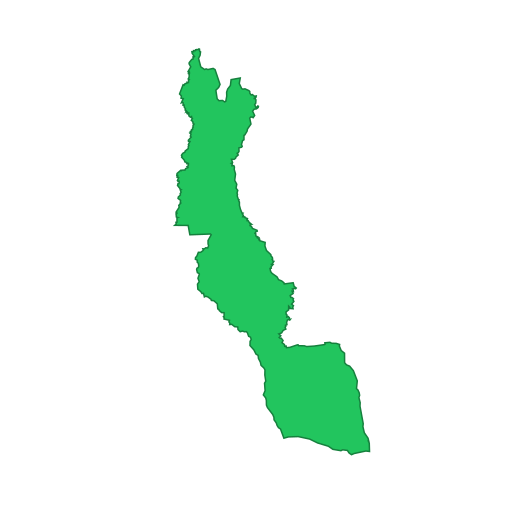 El Triunfo, Guayas, Ecuador (Mercator projection), rotated 78°
{"feature_id": "8360857B22416675182339", "entity_name": "El Triunfo", "entity_type": "district", "adm_level": 2, "iso_a3": "ECU", "parent_name": "Ecuador", "parent_adm1": "Guayas", "projection": "mercator", "projection_center": [-79.418, -2.292], "detail": "fine", "context": "isolated", "style": "filled", "palette": "green", "viewbox_px": 512, "rotation_deg": 78, "n_neighbors": 0, "source": "geoboundaries", "source_scale": "gbopen_adm2", "svg_char_len": 6082}
<svg xmlns="http://www.w3.org/2000/svg" viewBox="0 0 512 512"><g transform="rotate(78 256 256)"><path d="M470.8,185.6L462.5,184.1L460.5,184.6L460.6,184.2L457.5,184.3L451.4,186.8L445.1,186.9L442.4,186.0L424.5,185.5L421.1,184.6L415.9,184.8L413.8,183.6L411.2,183.5L408.1,184.2L406.7,185.3L399.2,182.9L388.4,184.6L383.2,187.3L381.3,190.1L378.8,191.5L369.5,189.6L366.2,192.3L361.4,193.2L359.9,192.6L358.1,195.8L357.1,200.1L355.8,201.6L355.2,206.7L356.7,206.8L356.9,207.5L356.2,217.8L355.1,225.3L353.9,227.4L352.6,233.0L351.7,233.2L351.5,234.0L352.4,241.8L352.0,245.3L350.3,245.3L350.3,246.7L348.5,246.6L346.2,248.6L344.3,247.1L341.6,248.4L341.5,249.6L340.5,250.3L339.2,248.3L336.9,249.9L336.6,247.0L334.4,244.9L333.7,242.0L331.9,242.4L330.9,241.4L329.9,241.6L329.6,240.0L327.4,239.9L325.1,238.6L325.0,237.1L325.7,236.3L325.1,235.6L325.1,236.4L323.3,236.2L321.9,237.1L322.1,238.6L320.2,237.9L319.3,238.6L317.0,238.3L315.5,235.3L311.8,234.5L313.1,233.6L314.3,234.1L315.3,230.7L313.5,230.7L312.4,229.7L310.5,231.2L308.3,228.4L306.5,228.9L305.5,228.2L303.9,229.6L303.8,230.6L301.8,230.8L300.4,227.5L298.1,228.0L298.6,226.8L296.6,226.7L295.8,227.2L295.6,225.8L296.3,224.1L295.7,223.3L293.6,225.0L289.9,225.2L289.2,234.2L288.0,234.2L285.8,236.0L283.8,238.9L280.9,239.7L276.2,244.0L274.2,244.9L271.1,244.9L271.1,243.6L269.7,243.5L268.2,241.6L267.6,242.2L267.7,241.2L266.9,241.6L265.0,239.7L264.8,240.3L262.7,240.9L262.6,240.4L260.8,240.3L259.0,241.3L257.7,241.2L252.8,244.6L248.1,245.2L244.6,244.2L241.8,249.2L240.5,249.0L240.5,249.8L239.0,249.2L238.6,250.9L237.8,251.0L237.6,250.4L236.3,252.0L234.1,251.6L233.6,252.3L232.3,251.2L232.0,249.6L231.1,249.6L228.3,253.7L226.1,254.3L225.1,255.5L224.5,254.9L223.6,255.1L223.9,253.9L221.6,255.7L220.0,256.2L219.6,257.2L219.2,256.8L218.5,257.3L217.6,256.6L216.1,258.9L215.4,258.8L214.8,260.8L213.7,259.9L212.1,260.6L211.4,259.8L210.9,260.8L207.0,261.5L203.1,261.7L199.8,261.0L198.5,261.5L197.5,260.9L197.1,261.5L193.3,261.9L191.9,261.3L190.5,261.5L188.0,260.2L185.5,261.4L181.8,259.9L177.6,261.1L171.6,259.0L166.8,259.3L164.5,258.6L163.0,258.9L162.7,260.8L160.8,260.0L160.2,260.9L159.7,259.5L156.3,259.9L156.9,257.3L156.2,255.7L155.0,255.0L153.5,252.4L151.6,253.1L151.2,251.8L150.0,250.8L146.7,250.3L146.6,247.5L145.9,246.7L143.9,247.0L140.3,245.1L139.8,243.6L135.5,242.7L135.3,241.8L132.1,238.8L130.0,237.9L125.9,233.5L119.9,233.5L119.0,232.4L119.4,230.6L120.1,230.1L118.3,228.1L113.6,229.2L112.0,227.3L112.2,225.0L111.2,223.0L110.1,222.5L109.6,223.0L110.6,224.4L110.5,225.3L107.6,225.8L106.5,224.5L103.3,223.6L101.8,224.0L101.6,225.6L100.7,223.0L99.5,222.5L99.4,224.3L97.3,226.0L97.5,227.2L95.6,228.2L93.7,227.9L92.7,228.6L90.2,232.0L90.0,234.4L89.2,235.2L83.8,236.5L78.6,234.4L78.3,243.7L83.9,245.6L86.8,249.0L89.7,250.7L93.6,251.4L98.4,253.4L98.8,254.6L96.9,256.4L96.4,259.9L94.2,261.3L85.5,260.8L83.4,257.5L80.7,255.5L65.1,257.3L63.6,258.9L63.6,264.3L62.6,265.9L62.9,267.5L59.5,270.7L50.7,271.1L48.1,269.0L44.8,267.8L44.3,268.5L41.8,268.3L41.6,269.0L42.7,269.6L42.0,269.6L41.7,271.3L42.1,271.9L41.2,271.8L42.4,272.5L42.1,274.4L43.2,274.5L42.8,276.2L44.6,276.3L47.0,275.1L47.9,276.0L48.2,275.1L49.0,276.3L50.3,276.7L50.3,277.9L52.9,281.1L54.1,281.5L57.4,280.5L61.6,284.2L62.0,283.9L61.4,283.2L62.2,282.9L62.5,283.7L63.3,283.2L63.7,284.1L64.3,283.5L67.3,284.3L68.7,285.5L69.6,284.7L69.9,285.4L72.3,286.0L71.7,287.4L72.6,287.6L72.7,289.6L74.0,290.9L73.3,291.7L81.6,297.1L83.9,295.7L86.1,296.5L86.9,294.4L90.6,297.1L90.4,296.0L91.1,295.4L93.3,296.0L93.4,295.0L95.6,295.2L97.4,294.4L98.4,295.0L99.4,294.1L100.1,294.5L99.8,293.9L100.6,293.4L101.0,294.0L102.1,293.7L101.4,293.1L102.1,292.7L102.0,292.0L102.8,292.1L102.9,292.9L103.4,292.2L105.0,292.5L106.6,291.3L106.2,290.1L107.5,290.2L108.2,289.6L109.8,291.1L111.4,289.9L113.6,290.0L114.1,289.2L115.7,290.7L116.9,290.6L117.7,291.5L119.0,291.7L119.2,292.9L120.2,293.0L120.5,294.2L121.3,293.7L121.9,295.2L123.3,294.2L125.1,295.3L126.2,294.7L128.7,298.1L129.8,298.2L130.3,296.8L132.9,299.0L134.1,298.7L134.6,299.4L136.8,299.9L138.6,303.5L139.6,303.9L140.4,306.4L142.0,308.0L143.1,307.6L143.9,308.2L147.1,306.3L149.3,305.9L149.5,305.1L151.4,304.3L150.8,303.7L151.4,302.8L153.7,303.5L154.2,304.9L155.4,304.2L155.9,306.7L157.2,307.6L156.6,310.7L157.0,311.2L156.5,311.8L158.8,316.0L160.6,316.7L160.9,316.0L161.4,316.6L162.0,316.1L162.6,316.7L163.3,315.4L165.9,317.2L166.8,316.7L166.8,315.7L168.2,315.8L169.1,316.4L168.9,317.2L170.7,318.1L174.6,316.2L175.3,316.4L175.6,315.6L175.9,316.2L178.2,316.1L179.2,317.2L180.7,317.3L182.1,319.7L183.5,320.3L185.9,318.2L188.5,319.1L188.7,318.7L190.4,321.0L192.3,321.0L196.4,325.0L197.8,325.3L197.5,324.5L198.0,324.5L198.3,325.4L201.3,325.8L202.0,324.7L202.0,325.3L206.5,326.3L206.4,327.3L208.1,327.4L209.1,329.1L212.0,316.0L221.5,316.3L225.0,296.0L225.9,295.4L230.9,299.7L234.3,300.4L236.1,300.2L238.1,301.6L237.5,303.4L238.3,305.2L237.9,306.5L239.3,306.3L239.8,306.9L240.9,309.4L240.4,311.6L243.7,313.8L245.0,315.5L246.6,316.0L247.9,314.3L249.8,314.8L251.2,313.9L253.9,314.1L255.2,314.8L255.7,316.3L256.9,316.9L260.1,316.8L261.3,315.3L262.0,315.2L265.7,317.4L269.3,316.9L271.4,319.1L276.4,319.8L279.4,317.4L281.5,316.6L281.6,315.1L285.3,315.0L284.9,313.5L286.1,311.5L289.0,309.0L290.2,308.9L291.0,306.5L294.7,303.8L299.8,304.4L300.6,303.4L301.7,303.3L304.3,301.3L304.8,299.0L308.2,299.7L308.6,300.5L309.7,299.9L311.0,300.4L313.4,295.3L314.8,296.2L316.4,295.5L317.6,296.0L317.8,293.9L320.7,291.6L321.6,288.6L324.2,288.9L326.8,287.2L326.6,284.8L327.7,283.1L328.0,281.1L329.3,280.4L333.0,279.9L334.2,278.3L336.6,278.0L338.2,279.5L342.3,280.5L347.4,277.6L352.0,276.4L353.6,274.6L356.8,274.9L360.7,273.8L364.0,273.8L367.1,271.6L369.2,270.9L374.2,272.1L380.5,272.5L382.2,274.1L389.6,275.1L393.4,277.7L396.9,276.0L399.4,275.9L404.0,276.8L406.7,276.3L414.5,272.6L417.5,272.0L420.0,272.4L423.4,270.9L426.1,270.6L428.6,269.7L430.3,268.0L440.0,266.6L439.7,261.9L441.4,252.3L446.2,241.6L451.7,234.6L457.1,224.8L461.1,221.0L464.1,213.4L463.6,211.5L465.2,207.0L467.9,206.0L470.2,203.9L469.6,201.0L469.6,189.1L470.8,185.6Z" fill="#22c55e" stroke="#15803d" stroke-width="1.5"/></g></svg>